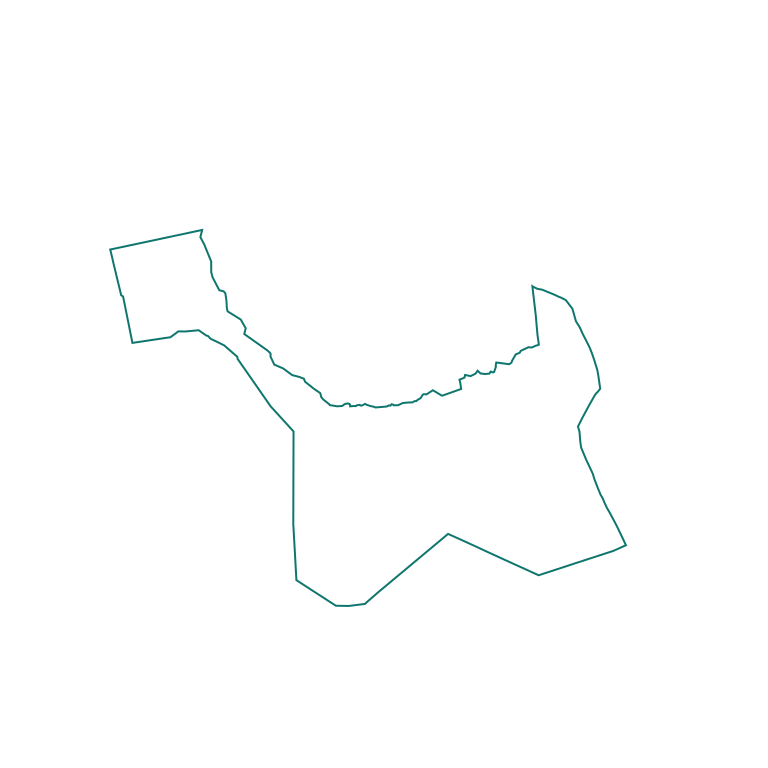 Aldama, Chiapas, Mexico, rotated 320°
{"feature_id": "50627088B76815062808044", "entity_name": "Aldama", "entity_type": "district", "adm_level": 2, "iso_a3": "MEX", "parent_name": "Mexico", "parent_adm1": "Chiapas", "projection": "orthographic", "projection_center": [-92.681, 16.932], "detail": "fine", "context": "isolated", "style": "outline", "palette": "teal", "viewbox_px": 768, "rotation_deg": 320, "n_neighbors": 0, "source": "geoboundaries", "source_scale": "gbopen_adm2", "svg_char_len": 2818}
<svg xmlns="http://www.w3.org/2000/svg" viewBox="0 0 768 768"><g transform="rotate(320 384 384)"><path d="M260.7,105.0L257.8,110.9L253.7,118.9L251.4,123.6L247.9,130.6L245.3,135.8L244.1,138.3L239.7,147.1L240.4,149.2L217.7,190.8L250.5,210.9L260.3,211.5L265.6,216.1L276.6,223.7L279.0,232.6L280.0,234.0L280.3,238.1L282.5,242.8L286.4,251.7L289.1,268.8L288.0,270.7L282.8,328.3L284.2,362.2L223.7,433.9L223.5,434.3L190.8,478.0L204.6,522.9L214.1,531.2L219.3,534.6L228.0,540.2L233.1,540.0L246.5,539.8L322.3,540.0L336.7,540.0L346.9,561.2L357.1,582.9L362.4,594.1L379.5,629.9L415.6,644.4L452.5,659.3L465.7,663.0L468.5,652.4L469.6,648.1L471.1,642.2L472.2,637.1L474.3,627.1L475.2,621.9L476.5,617.1L478.1,611.9L478.7,608.1L479.2,606.6L480.7,601.8L484.0,592.2L486.1,587.3L486.5,586.0L490.1,572.5L490.1,572.1L490.3,571.7L494.1,559.5L497.2,554.5L503.0,546.3L503.1,546.2L505.2,541.3L513.3,537.8L516.5,536.5L527.8,532.0L532.7,530.2L537.7,528.3L540.2,527.6L542.6,527.4L546.6,526.6L553.9,514.8L556.1,511.0L556.9,509.2L560.6,500.4L563.2,493.6L564.9,488.5L566.7,481.0L568.6,472.6L570.3,466.8L571.4,459.2L576.7,447.5L577.2,436.6L575.2,431.8L574.4,430.3L573.8,429.2L573.3,428.1L572.8,427.0L572.3,425.9L571.6,424.5L571.0,423.3L570.3,422.0L569.6,420.6L568.6,418.9L568.0,417.7L567.5,416.6L567.0,415.7L566.3,414.4L565.6,413.1L564.8,412.2L563.9,411.2L563.2,410.3L562.5,409.4L562.1,408.4L561.7,407.4L560.7,405.1L560.5,404.5L544.3,429.1L536.5,440.2L536.3,440.5L533.3,444.8L527.9,453.4L526.9,453.2L525.4,452.4L520.6,451.0L518.3,448.7L510.1,446.5L508.0,447.3L504.0,446.0L497.4,448.4L495.2,449.6L494.1,449.5L492.6,449.3L484.2,440.1L483.8,439.7L481.2,441.9L480.7,442.8L476.0,445.6L474.8,445.1L473.8,443.1L471.4,443.8L468.9,442.0L468.2,441.7L464.7,437.9L464.2,434.0L460.7,434.9L458.6,434.4L455.4,433.6L451.9,429.2L449.8,430.8L449.4,430.6L448.9,430.6L444.6,429.2L443.4,431.6L443.2,432.1L439.9,437.4L421.2,430.4L420.9,430.2L417.4,420.2L413.5,419.7L409.9,419.3L408.0,417.4L406.7,417.1L402.9,418.4L400.0,417.8L397.6,417.8L396.7,416.9L393.9,416.3L391.9,414.7L391.0,414.0L386.3,410.7L381.2,409.3L377.8,406.6L377.7,405.7L376.8,404.4L375.0,404.7L374.1,403.6L371.6,403.0L362.4,396.5L361.2,394.3L360.0,393.0L357.6,389.2L356.7,387.1L353.0,386.2L352.2,385.4L352.0,384.4L349.4,382.8L348.1,382.8L347.4,382.0L343.7,379.3L344.7,378.0L344.7,377.0L343.6,375.5L342.0,374.6L341.0,374.2L339.2,374.0L337.9,374.0L333.8,371.0L328.9,365.3L329.0,364.1L327.5,356.8L327.5,353.8L329.3,350.0L327.2,342.5L325.0,331.6L326.0,328.4L323.8,324.4L322.2,322.1L319.4,318.2L316.7,307.1L312.4,298.6L314.7,290.0L316.4,288.2L316.7,286.7L316.2,283.1L309.1,255.9L313.9,252.4L315.7,242.6L310.9,227.9L312.1,225.3L316.9,218.8L320.8,212.5L320.7,209.9L318.1,206.3L321.3,192.0L323.6,187.2L330.4,179.0L336.0,161.5L337.7,153.5L343.7,149.1L260.7,105.0Z" fill="none" stroke="#0f766e" stroke-width="2"/></g></svg>